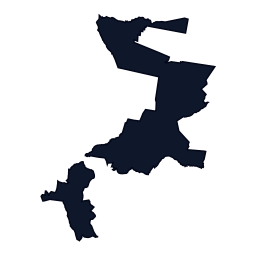 Sanctórum de Lázaro Cárdenas, Tlaxcala, Mexico
{"feature_id": "50627088B96340121149658", "entity_name": "Sanctórum de Lázaro Cárdenas", "entity_type": "district", "adm_level": 2, "iso_a3": "MEX", "parent_name": "Mexico", "parent_adm1": "Tlaxcala", "projection": "albers", "projection_center": [-98.463, 19.523], "detail": "fine", "context": "isolated", "style": "filled", "palette": "ink", "viewbox_px": 256, "rotation_deg": 0, "n_neighbors": 0, "source": "geoboundaries", "source_scale": "gbopen_adm2", "svg_char_len": 5811}
<svg xmlns="http://www.w3.org/2000/svg" viewBox="0 0 256 256"><path d="M97.8,30.0L99.7,32.2L99.9,33.1L100.8,35.5L101.6,36.8L101.8,37.6L102.3,38.3L102.8,40.1L103.6,40.8L104.3,42.5L106.3,44.7L106.8,47.0L107.2,47.3L107.7,48.4L108.6,49.4L109.6,50.4L110.1,50.6L110.9,51.6L111.8,52.3L112.0,52.8L111.9,53.6L112.5,53.4L115.1,59.1L118.2,67.6L159.0,76.8L155.6,99.6L156.3,102.4L156.0,109.8L155.4,111.2L145.6,109.6L143.0,113.5L140.8,119.0L139.8,121.1L133.7,120.3L128.1,119.1L126.4,123.2L125.4,122.9L122.9,131.5L122.0,133.7L121.0,133.8L120.9,134.6L120.0,134.9L120.1,135.3L119.5,136.1L119.5,136.6L118.9,137.5L117.2,137.6L115.2,138.4L115.1,138.9L114.2,139.3L113.5,139.3L113.1,138.8L112.3,139.2L111.6,139.2L110.9,140.2L110.5,140.1L110.2,140.2L110.1,140.5L110.4,141.5L109.2,142.1L109.0,142.7L108.6,142.7L107.5,144.2L107.1,143.9L106.6,144.0L106.7,144.6L105.5,144.2L105.3,144.6L103.6,144.7L103.1,145.0L101.6,144.7L100.6,145.0L99.8,145.0L97.3,145.3L96.1,145.7L94.6,146.6L94.0,147.3L93.6,148.2L92.9,148.8L92.6,149.4L92.5,150.7L92.1,151.4L90.7,152.2L89.6,152.6L88.2,153.9L88.0,154.0L87.5,153.7L86.5,153.8L85.6,154.5L85.4,155.6L86.0,155.7L86.8,156.3L87.4,156.4L88.1,155.8L89.5,156.4L90.0,155.9L90.5,155.7L98.5,157.1L104.8,157.8L106.5,160.9L107.3,164.3L107.8,163.0L113.0,162.7L111.6,166.7L112.2,166.6L114.7,168.0L112.7,169.6L113.9,170.3L115.1,169.8L116.5,168.4L116.8,168.7L117.6,171.4L118.1,172.3L119.0,173.1L120.5,173.5L122.4,173.6L126.5,173.2L127.6,172.2L128.2,170.8L130.2,169.2L130.6,169.2L131.3,168.6L131.5,167.8L131.9,168.1L132.7,168.1L133.2,169.2L133.9,169.8L134.6,170.2L135.0,170.1L136.1,171.2L136.4,171.0L136.8,171.3L138.1,171.3L139.5,172.4L140.5,171.9L142.1,172.0L144.0,172.8L144.5,173.4L146.4,174.3L148.2,174.5L148.9,172.3L149.6,172.4L149.9,171.2L153.5,166.2L154.6,167.6L154.8,167.1L155.7,166.8L157.4,165.1L159.4,161.7L160.5,160.7L161.7,158.7L163.5,158.0L164.5,156.7L165.4,156.1L168.3,155.8L170.0,156.0L170.8,156.6L172.4,157.2L173.4,157.8L174.6,159.1L177.6,160.0L178.7,162.0L180.3,163.0L180.7,164.2L182.1,164.4L182.2,165.0L182.4,165.3L183.2,165.5L184.6,165.4L185.1,166.4L185.8,165.8L186.8,166.0L186.7,165.5L187.3,164.8L188.1,164.5L188.5,165.1L189.5,164.8L190.0,165.3L190.1,165.9L191.1,165.6L192.4,165.9L193.5,165.5L194.9,166.0L196.5,166.0L199.9,167.4L200.4,167.2L201.3,168.1L202.0,167.2L203.2,167.4L203.4,166.8L203.1,164.7L203.3,163.6L202.7,163.3L203.0,161.1L204.0,159.4L205.7,151.5L204.3,151.2L187.4,149.8L187.3,148.9L187.7,148.3L187.6,148.0L188.1,147.4L188.7,146.4L188.3,145.8L188.3,143.9L189.0,142.2L178.8,131.1L176.9,122.2L176.7,120.9L183.6,116.4L184.3,116.9L185.1,116.9L185.7,116.6L186.5,116.7L186.8,116.4L189.4,116.0L190.8,115.4L192.3,114.4L193.5,112.9L194.6,112.4L196.2,112.4L196.9,111.7L198.5,111.2L200.0,110.0L200.2,109.3L201.3,108.6L201.8,108.6L202.7,108.2L204.2,107.0L205.1,106.6L205.8,105.9L205.9,105.2L206.2,105.0L206.5,103.9L207.0,103.6L207.2,103.0L208.0,102.4L207.6,102.3L204.5,103.4L204.4,102.5L202.9,101.2L204.6,98.2L204.6,96.5L206.0,94.4L202.0,90.1L201.3,88.9L206.8,84.1L206.8,83.1L205.8,80.0L214.8,66.7L182.2,61.7L181.7,62.4L180.6,61.9L180.3,63.1L171.1,61.8L169.8,62.3L164.8,62.7L166.5,61.7L168.3,60.1L169.3,57.1L158.8,52.6L133.8,42.4L134.2,39.8L137.5,41.1L137.9,34.9L140.1,35.3L140.6,31.1L142.7,31.5L142.9,29.4L144.5,29.7L144.8,27.1L145.8,27.3L146.8,25.8L185.5,33.0L188.0,19.2L184.6,18.2L165.4,22.1L161.3,21.6L159.8,21.9L156.7,21.8L155.8,21.9L154.7,22.6L153.5,22.9L152.9,24.0L150.9,23.6L150.9,22.1L150.4,20.7L150.1,20.3L148.9,20.1L148.1,19.1L147.6,19.1L147.0,19.6L144.6,19.3L144.1,18.9L143.4,17.8L142.7,17.5L140.7,17.7L139.0,17.3L138.6,17.5L137.5,18.7L135.6,18.6L133.9,20.1L133.5,19.8L132.7,20.1L132.1,19.9L131.1,21.8L130.8,21.9L129.9,21.6L128.6,22.2L128.1,22.0L127.5,21.3L126.5,21.6L125.9,21.2L125.6,22.2L125.4,22.6L125.1,22.6L124.6,22.5L124.0,21.9L122.4,21.8L121.9,21.3L121.1,21.5L120.4,21.3L120.0,21.0L118.0,21.0L117.5,20.5L116.9,20.4L115.7,19.6L113.8,18.2L112.2,17.6L111.8,17.6L111.0,18.2L110.3,18.2L107.9,17.5L106.4,16.7L105.5,17.5L104.9,17.7L103.4,17.7L102.3,18.2L102.2,17.4L101.9,17.7L99.3,15.4L99.3,18.2L98.8,19.6L97.0,21.6L96.6,22.5L98.6,26.8L98.5,28.9L97.8,30.0ZM79.4,240.6L79.8,240.0L80.6,239.3L81.8,237.4L81.6,236.9L82.1,235.4L82.3,235.2L82.7,235.1L83.8,236.5L84.5,236.9L86.8,237.3L88.2,237.4L89.7,237.1L92.9,235.7L95.4,237.2L97.5,236.8L97.5,236.5L96.8,236.4L96.2,235.9L93.7,231.8L91.5,226.0L90.3,224.6L89.7,223.7L89.8,221.6L90.6,219.2L92.0,219.3L92.8,219.0L95.0,216.7L95.3,216.2L95.1,215.3L93.1,212.7L90.3,211.2L93.9,207.1L91.7,205.4L90.6,204.9L89.7,203.0L89.7,201.4L89.0,200.7L88.8,200.2L81.8,201.3L82.7,197.6L82.8,195.5L82.1,191.9L83.5,189.7L83.6,188.2L84.4,187.8L84.6,187.4L86.2,187.3L87.6,186.6L87.6,186.1L88.2,185.0L88.8,182.8L90.0,180.5L92.1,178.5L93.8,178.0L94.3,176.9L94.2,175.5L94.3,175.1L93.1,171.1L92.4,170.7L91.4,169.9L89.7,169.8L88.6,169.1L87.4,169.0L86.7,168.3L85.3,167.7L85.1,167.2L84.8,166.9L84.6,165.7L83.8,164.6L83.2,163.1L83.2,162.0L82.5,161.8L81.8,161.8L81.2,162.3L80.5,162.3L80.0,162.7L79.8,163.2L79.1,163.7L78.6,163.7L78.1,164.0L76.9,163.8L75.8,164.2L75.4,164.6L74.4,164.5L73.4,166.0L72.5,166.3L71.0,167.8L70.8,169.4L68.8,169.3L68.7,170.6L68.9,171.0L68.6,172.8L68.7,174.2L68.3,176.2L68.5,176.7L68.3,177.3L68.3,178.9L67.5,179.4L67.1,180.3L66.6,180.6L68.6,182.7L68.0,183.3L67.3,183.2L66.3,183.7L64.3,182.9L62.7,183.1L59.1,182.0L57.8,181.1L57.8,183.3L57.1,188.1L56.0,191.6L55.0,192.7L51.2,191.7L48.4,194.8L47.4,192.3L45.8,192.0L46.1,191.2L45.5,191.1L44.9,195.1L42.4,194.7L41.2,196.3L42.9,201.0L44.8,200.7L49.8,199.3L63.0,201.0L63.5,202.9L64.3,203.9L64.4,204.6L64.9,205.4L65.2,207.6L65.8,208.3L66.1,209.9L67.2,211.2L67.7,212.6L67.7,215.0L67.4,215.6L67.8,216.8L68.2,217.1L69.5,220.9L69.6,222.7L70.2,223.8L70.5,224.8L70.4,225.9L72.6,228.8L74.2,230.0L74.5,230.6L75.4,232.8L75.7,234.6L77.1,239.4L78.6,240.0L79.4,240.6Z" fill="#0f172a" stroke="#020617" stroke-width="1.5"/></svg>